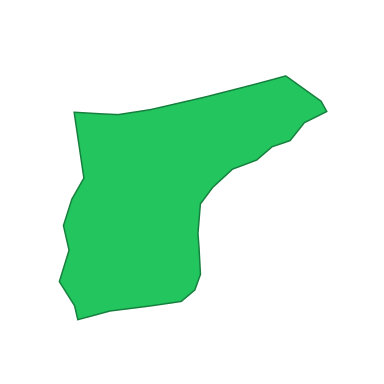 the district of Älvkarleby, Uppsala, Sweden, rotated 347°
{"feature_id": "70781695B87799416140928", "entity_name": "Älvkarleby", "entity_type": "district", "adm_level": 2, "iso_a3": "SWE", "parent_name": "Sweden", "parent_adm1": "Uppsala", "projection": "natural_earth1", "projection_center": [17.456, 60.577], "detail": "fine", "context": "isolated", "style": "filled", "palette": "green", "viewbox_px": 384, "rotation_deg": 347, "n_neighbors": 0, "source": "geoboundaries", "source_scale": "gbopen_adm2", "svg_char_len": 553}
<svg xmlns="http://www.w3.org/2000/svg" viewBox="0 0 384 384"><g transform="rotate(347 192 192)"><path d="M52.0,290.7L85.3,289.5L127.5,293.8L156.9,296.2L172.7,288.1L181.7,274.2L186.3,247.9L188.5,233.6L197.5,205.5L213.3,192.1L236.7,178.8L262.2,175.4L280.3,165.9L299.1,164.0L317.1,149.7L341.4,143.9L338.2,132.6L328.6,121.7L309.5,100.0L277.0,101.2L225.4,102.4L170.0,102.4L137.5,100.0L120.3,95.2L95.5,87.9L95.1,87.8L89.8,154.1L73.3,172.0L59.2,195.8L59.1,221.1L42.6,249.5L52.0,276.4L52.0,290.7Z" fill="#22c55e" stroke="#15803d" stroke-width="1.5"/></g></svg>